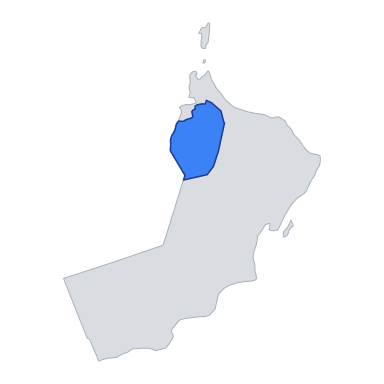 Oman, with Al Dhahira highlighted
{"feature_id": "OMN-2414", "entity_name": "Al Dhahira", "entity_type": "Region", "adm_level": 1, "iso_a3": "OMN", "parent_name": "Oman", "parent_adm1": "", "projection": "albers", "projection_center": [55.739, 23.003], "detail": "fine", "context": "in_parent", "style": "filled", "palette": "blue", "viewbox_px": 384, "rotation_deg": 0, "n_neighbors": 0, "source": "natural_earth", "source_scale": "10m", "svg_char_len": 3520}
<svg xmlns="http://www.w3.org/2000/svg" viewBox="0 0 384 384"><path d="M98.8,361.0L96.8,356.3L94.9,351.7L92.9,347.1L91.0,342.5L89.6,339.3L87.2,338.1L85.9,334.7L84.4,331.1L83.0,327.6L81.6,324.1L80.2,320.6L78.8,317.1L77.4,313.6L76.0,310.1L74.6,306.6L73.2,303.1L71.9,299.6L70.5,296.1L69.1,292.5L67.7,289.0L66.3,285.5L64.9,282.0L63.6,278.5L68.3,276.9L74.0,275.1L79.7,273.2L85.5,271.3L91.2,269.5L96.9,267.6L102.6,265.7L108.4,263.8L114.1,261.9L119.8,260.0L125.5,258.0L131.2,256.1L136.8,254.2L142.5,252.2L148.2,250.3L153.9,248.3L159.6,246.4L163.1,245.1L164.5,240.5L165.8,236.6L167.0,232.8L168.2,228.9L169.4,225.1L170.6,221.2L171.8,217.3L173.0,213.5L174.2,209.6L175.4,205.8L176.6,201.9L177.8,198.0L179.0,194.2L180.2,190.3L181.4,186.4L182.6,182.6L183.8,178.7L184.9,175.2L182.9,171.7L180.1,167.2L177.3,162.4L174.6,157.8L172.6,154.6L170.3,150.6L170.5,145.5L170.5,142.9L170.8,139.0L173.0,133.6L175.7,126.7L177.7,122.1L179.4,118.2L180.7,115.0L181.5,111.7L181.1,109.3L180.2,108.5L179.5,107.4L182.0,105.6L186.7,104.5L189.4,104.8L193.0,103.9L195.9,103.1L196.2,102.1L195.3,100.4L194.1,97.8L190.0,97.6L188.8,96.9L190.2,93.1L190.2,91.9L189.6,90.6L189.0,88.2L189.3,85.2L190.2,83.1L190.2,81.5L189.8,78.1L189.9,75.0L190.7,73.5L192.3,72.1L193.7,71.4L195.2,71.5L196.4,72.0L196.9,73.6L196.6,74.7L195.7,74.9L195.4,75.3L196.6,77.5L198.4,79.5L199.8,79.2L201.3,77.5L202.9,76.2L204.9,75.0L206.3,72.8L207.5,71.3L208.7,71.1L211.9,80.3L216.8,88.8L221.0,93.5L225.5,100.0L232.3,105.8L235.4,107.8L247.9,111.8L254.8,113.3L264.3,114.6L270.8,117.8L273.0,117.9L276.4,116.9L278.9,116.9L285.3,121.2L287.2,125.4L289.8,127.5L292.2,130.9L293.8,134.5L299.2,140.0L303.1,146.1L307.0,150.6L310.5,153.4L315.7,154.4L319.9,155.6L320.4,158.7L320.1,162.7L319.4,165.7L315.7,171.6L314.9,175.2L310.7,181.2L306.2,191.3L304.1,193.5L296.5,198.8L291.0,205.1L284.5,215.9L279.6,226.6L277.7,230.0L273.6,230.8L270.9,230.5L269.0,229.6L269.7,226.7L270.1,223.4L267.6,223.8L265.5,224.5L260.5,232.5L257.7,236.0L257.2,240.5L255.9,246.2L254.0,251.4L253.2,255.8L253.2,258.3L254.8,264.4L255.0,270.6L255.9,274.4L256.7,278.9L254.3,280.3L252.2,281.0L244.0,281.6L235.7,283.1L228.5,285.8L224.1,288.4L218.5,294.2L215.1,308.9L209.6,315.1L205.8,316.4L196.7,317.0L183.9,318.7L179.4,320.2L171.9,329.2L171.3,332.0L172.8,334.0L173.2,336.3L172.5,338.4L169.1,344.0L165.4,348.1L155.6,350.7L152.0,349.1L148.7,348.3L142.4,348.2L132.0,349.0L128.1,352.0L122.1,354.1L116.5,357.4L105.9,358.5L98.8,361.0ZM205.7,47.7L205.1,48.5L204.2,48.6L202.1,47.9L200.9,46.3L201.1,44.4L201.2,40.8L201.7,37.4L201.6,33.8L200.0,33.1L198.8,33.3L201.4,28.3L202.5,27.5L203.5,27.8L205.9,27.3L207.1,24.5L208.2,23.0L209.2,23.2L209.8,24.0L209.4,28.2L209.4,31.7L208.1,42.3L206.7,44.1L206.0,45.6L205.7,47.7ZM286.0,236.4L283.9,237.0L283.3,236.8L283.3,232.3L287.9,226.7L291.0,220.2L293.3,225.9L289.5,229.2L287.6,234.7L286.0,236.4ZM205.3,62.2L203.9,63.1L203.0,62.9L203.2,61.1L203.7,59.8L205.1,59.9L205.4,60.7L205.3,62.2Z" fill="#d9dde1" stroke="#a8b0b8" stroke-width="1"/><path d="M170.3,150.6L170.7,145.5L170.5,140.4L170.6,139.4L171.6,136.0L174.7,130.7L175.4,128.5L176.1,125.0L176.4,123.9L177.0,123.0L178.2,121.7L178.7,121.0L183.1,121.4L186.4,119.5L190.7,118.3L192.9,116.8L191.8,111.7L193.1,110.0L195.1,109.0L195.1,106.1L196.9,104.9L201.5,103.9L205.3,103.9L206.4,100.4L211.3,102.6L220.9,110.9L223.9,122.3L224.5,123.0L218.5,150.8L213.5,166.3L207.1,174.7L184.4,179.8L183.6,179.9L184.8,176.0L184.8,175.2L184.5,174.4L182.7,171.5L180.1,167.2L177.5,162.8L174.9,158.4L172.3,154.0L170.3,150.6Z" fill="#3b82f6" stroke="#1e3a8a" stroke-width="1.5"/></svg>